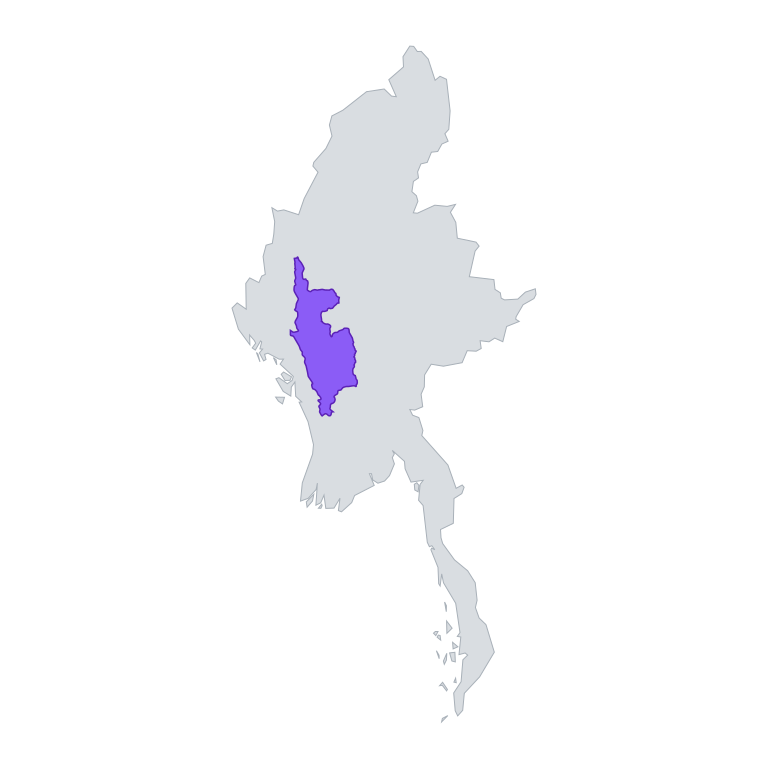 where Magway sits in Myanmar
{"feature_id": "MMR-3276", "entity_name": "Magway", "entity_type": "Division", "adm_level": 1, "iso_a3": "MMR", "parent_name": "Myanmar", "parent_adm1": "", "projection": "albers", "projection_center": [94.956, 20.535], "detail": "fine", "context": "in_parent", "style": "filled", "palette": "violet", "viewbox_px": 768, "rotation_deg": 0, "n_neighbors": 0, "source": "natural_earth", "source_scale": "10m", "svg_char_len": 9569}
<svg xmlns="http://www.w3.org/2000/svg" viewBox="0 0 768 768"><path d="M502.8,341.7L494.7,338.1L489.0,341.8L480.1,340.7L481.2,348.5L476.2,351.2L467.2,350.7L462.1,362.7L443.4,366.2L431.2,364.2L424.6,374.9L424.3,386.9L421.1,394.2L422.7,406.7L414.7,410.1L409.8,409.5L412.6,415.2L418.9,417.6L422.9,430.5L421.8,435.6L447.9,465.0L456.1,488.3L462.2,485.0L464.1,487.3L461.8,493.6L454.0,498.5L453.3,523.3L440.5,529.5L441.0,537.8L442.7,543.6L454.5,559.9L467.7,570.8L475.2,582.7L477.1,600.2L475.4,607.5L479.1,618.0L486.0,624.7L494.3,652.2L479.6,676.9L464.3,693.3L462.7,710.3L457.7,715.9L455.2,710.7L453.7,693.0L461.1,681.7L462.9,659.8L467.7,655.1L465.1,653.0L459.0,654.6L460.8,637.0L457.3,636.4L460.0,632.6L455.7,603.3L443.5,582.8L441.7,573.9L440.1,586.0L438.7,583.7L438.0,567.4L430.9,549.7L431.6,548.2L434.8,549.7L431.8,545.7L429.4,546.7L427.3,542.3L423.1,505.5L418.6,500.3L420.1,484.4L423.2,480.3L411.0,482.1L405.1,468.8L404.5,461.4L392.3,450.4L394.3,453.9L392.3,457.6L394.4,463.9L389.5,475.6L384.6,481.0L377.9,483.2L372.7,479.9L371.5,473.7L369.4,473.7L374.2,485.4L354.6,495.5L351.7,502.6L341.5,511.8L338.4,510.6L340.0,498.2L334.0,508.1L325.8,508.4L324.0,495.1L320.7,502.8L315.9,505.2L317.4,483.1L316.1,489.5L308.2,498.3L300.5,501.1L302.3,482.9L312.6,454.1L313.5,444.6L308.0,421.6L299.1,402.2L301.7,401.9L295.7,396.3L294.9,382.0L291.3,387.1L290.8,396.1L283.2,391.4L275.9,378.8L278.9,377.7L287.3,383.7L292.1,380.4L293.3,376.4L280.1,364.1L283.5,359.1L279.2,359.2L267.9,353.2L264.6,354.3L266.0,359.5L263.6,360.9L259.4,352.9L262.6,349.1L259.9,348.9L261.7,341.9L260.6,340.9L255.3,350.1L252.2,347.9L255.7,343.2L254.3,340.5L249.6,335.0L249.9,344.8L238.4,329.2L232.0,308.1L237.2,302.9L246.2,309.2L245.8,283.4L249.7,277.9L258.9,282.6L261.7,276.1L265.3,274.4L263.1,256.6L266.1,245.2L272.3,243.4L273.8,234.1L274.7,221.6L271.9,207.7L277.5,211.1L283.8,209.9L298.6,214.7L304.2,198.5L318.0,172.2L312.9,166.1L313.8,162.3L325.9,148.5L332.0,136.1L329.4,125.0L331.9,115.9L342.9,110.2L366.5,91.7L384.2,89.0L391.5,96.1L396.3,96.7L388.8,79.7L403.5,66.9L403.0,56.7L409.8,46.1L413.7,46.4L417.3,51.5L421.2,51.4L428.2,59.0L435.1,80.3L440.0,76.3L446.5,79.3L450.1,110.9L448.8,129.3L444.9,133.7L448.1,141.2L441.9,144.0L437.7,151.5L431.4,152.2L427.2,162.4L420.9,163.9L417.6,171.9L418.5,177.9L413.4,181.4L411.9,191.7L416.4,195.7L417.9,201.2L413.3,212.8L417.4,213.2L434.8,205.2L447.2,206.4L455.5,204.4L450.4,212.3L455.8,222.4L457.3,238.2L476.0,242.1L479.1,246.1L475.1,251.1L469.3,276.7L493.9,279.6L495.0,289.4L500.3,292.8L501.2,298.2L504.6,299.9L517.8,299.1L525.4,292.1L535.3,288.8L536.0,294.4L533.9,298.6L523.1,304.7L516.1,316.7L515.7,319.2L519.2,321.4L506.6,326.5L502.8,341.7ZM283.6,372.0L291.5,376.8L290.0,380.3L285.0,380.5L281.2,374.3L283.6,372.0ZM446.6,621.0L452.1,628.2L446.9,633.3L446.6,621.0ZM282.5,403.9L278.4,401.1L275.6,397.1L284.5,397.3L282.5,403.9ZM454.9,652.3L455.3,661.9L451.9,661.0L449.6,652.9L454.9,652.3ZM312.5,501.0L307.1,507.2L306.3,501.9L313.8,494.3L312.5,501.0ZM418.1,491.8L414.8,490.0L414.3,484.3L416.8,482.7L418.9,485.4L418.1,491.8ZM444.3,664.3L443.4,661.1L446.8,653.3L446.4,660.1L444.3,664.3ZM442.6,682.3L447.4,689.4L446.6,690.9L442.3,685.3L439.6,685.7L442.6,682.3ZM457.9,646.8L453.1,648.9L452.6,642.3L457.9,646.8ZM447.8,715.6L441.6,721.9L442.4,718.4L447.8,715.6ZM257.9,354.0L260.0,361.9L256.4,352.5L257.9,354.0ZM446.4,605.7L446.3,611.7L444.6,602.0L446.4,605.7ZM276.1,359.8L276.8,364.8L273.4,357.6L276.1,359.8ZM440.7,640.1L437.1,637.2L438.3,635.1L440.1,635.5L440.7,640.1ZM438.0,631.5L435.8,635.6L433.5,633.2L435.3,631.5L438.0,631.5ZM439.0,655.2L439.2,658.7L436.4,650.7L439.0,655.2ZM320.9,508.3L318.4,508.2L321.7,504.2L322.1,505.7L320.9,508.3ZM456.2,682.7L453.9,682.1L455.6,678.2L456.2,682.7Z" fill="#d9dde1" stroke="#a8b0b8" stroke-width="1"/><path d="M322.1,415.9L321.6,415.4L321.1,414.8L319.6,412.0L319.6,411.7L319.6,411.3L319.8,410.5L319.9,410.0L320.0,409.4L319.9,408.8L319.0,406.9L318.9,406.3L319.3,405.5L320.4,404.5L320.5,404.0L320.6,403.6L319.9,402.5L318.4,401.1L318.2,400.9L318.1,400.7L318.1,400.4L318.2,400.1L318.6,399.9L319.8,399.8L320.3,399.6L320.8,399.3L321.0,399.0L321.0,398.5L320.7,397.7L320.5,397.3L319.0,395.3L318.6,395.3L318.1,394.6L316.8,391.6L315.2,389.8L314.0,389.2L313.4,389.0L313.0,388.9L312.6,388.3L312.2,387.4L311.7,385.3L311.8,384.5L312.0,384.0L312.4,384.0L312.6,383.9L312.6,383.5L312.5,382.9L311.6,381.4L308.5,376.8L308.2,376.1L307.5,372.1L306.1,365.9L304.7,362.7L304.6,362.2L304.6,361.6L304.8,360.6L305.1,359.5L305.2,359.0L305.2,358.5L304.9,357.9L304.4,357.1L303.3,356.0L302.6,355.4L302.3,354.8L302.2,354.3L302.3,352.0L300.6,349.9L300.2,349.0L299.4,346.6L298.9,345.5L294.5,338.0L294.4,337.7L294.0,337.1L293.6,336.6L293.1,336.1L292.5,335.9L291.1,335.6L290.7,335.4L290.4,334.8L290.4,330.4L292.9,332.1L293.5,332.2L294.4,332.2L297.3,331.5L298.1,331.1L298.4,330.7L298.2,330.0L297.2,328.8L296.9,328.3L296.7,327.7L296.5,326.1L296.2,325.3L295.1,322.9L295.0,322.6L295.3,321.1L297.5,317.2L297.7,316.4L297.8,315.5L297.7,313.1L297.6,312.4L297.4,311.9L296.9,311.5L295.5,310.7L294.7,309.8L295.8,307.8L296.4,303.6L298.1,299.9L298.3,299.3L298.3,298.7L298.1,298.2L295.9,294.4L294.6,292.0L294.1,290.7L294.0,289.3L294.2,287.0L294.5,285.9L294.7,285.6L295.0,285.4L295.6,285.1L295.7,284.8L295.7,284.6L295.7,284.4L295.4,283.7L294.7,281.3L294.8,280.5L295.5,278.9L295.7,278.0L295.6,277.2L294.7,272.3L294.7,271.7L294.9,271.2L295.6,269.9L295.7,269.4L295.6,269.1L295.3,269.0L294.9,268.9L294.8,268.7L295.2,267.8L295.2,267.3L294.8,263.5L295.0,262.2L294.9,261.6L294.6,260.3L294.3,258.4L295.3,258.2L295.7,258.2L296.2,258.2L296.7,257.9L296.9,257.8L297.1,257.6L297.4,257.1L297.6,257.1L297.9,257.3L298.1,257.8L298.2,258.1L298.2,258.4L298.1,258.5L298.5,259.0L298.7,259.5L299.0,260.2L299.3,260.6L299.9,261.1L301.3,262.9L302.9,265.7L303.8,267.7L303.9,268.2L304.0,268.9L303.8,269.4L302.5,272.2L302.3,272.7L302.2,273.1L302.2,273.6L302.6,277.8L302.9,278.5L303.1,278.9L303.4,279.2L303.7,279.3L304.1,279.4L305.1,279.0L305.8,279.1L306.3,280.2L306.6,280.4L307.0,280.7L307.4,280.8L307.7,281.1L307.8,281.7L308.0,282.4L308.0,283.5L307.3,289.5L307.4,290.0L307.7,290.3L308.4,290.8L309.2,291.3L309.9,291.5L310.5,291.6L310.8,291.5L311.0,291.4L311.8,290.7L312.5,290.3L314.3,289.7L314.9,289.7L315.9,289.8L316.5,290.0L317.1,290.1L317.6,290.1L318.9,289.8L320.3,289.7L320.9,289.5L322.5,289.4L325.1,290.0L329.5,290.1L330.4,289.5L331.5,289.2L332.1,289.3L332.9,289.6L333.2,290.1L334.1,291.2L334.7,292.4L335.1,292.9L335.7,293.3L335.9,293.7L336.0,294.1L336.1,295.0L336.2,295.5L336.6,295.8L337.3,296.6L337.9,296.9L339.3,297.4L339.2,297.9L338.8,299.7L338.7,300.0L338.9,302.7L338.6,302.6L338.4,303.1L338.1,303.2L337.8,303.1L337.5,303.1L337.2,303.3L337.0,303.5L336.4,304.3L334.2,306.1L333.1,307.6L332.5,308.2L331.8,308.4L330.4,308.6L330.1,308.6L329.7,308.2L329.4,308.1L328.5,308.3L327.8,308.8L327.4,309.6L327.2,310.5L326.9,310.7L324.7,311.4L323.1,311.4L322.8,311.3L322.6,311.4L322.4,311.5L322.1,311.8L321.6,312.2L321.3,312.8L321.1,313.7L320.9,314.4L321.0,316.0L321.5,319.0L321.6,320.6L321.4,321.3L322.3,321.6L322.2,322.0L323.1,322.8L324.5,323.6L325.3,323.9L326.0,324.1L327.8,324.0L329.4,324.7L330.3,325.5L330.5,325.8L330.6,326.0L330.6,326.6L330.5,327.2L330.3,327.5L330.2,327.7L329.9,328.4L329.8,328.8L329.8,329.2L330.2,331.5L330.2,331.9L330.1,332.5L329.9,333.0L329.9,333.8L330.1,334.6L330.9,336.2L331.2,336.6L331.5,336.7L331.9,336.5L332.2,335.9L332.5,334.4L332.8,334.0L334.1,332.9L334.6,332.6L335.5,332.4L335.9,332.4L336.8,332.4L337.4,332.3L337.7,332.1L339.1,330.9L339.8,330.6L341.4,330.1L342.7,329.6L343.2,329.3L343.9,328.5L344.2,328.3L344.8,328.2L345.1,328.2L346.4,328.2L347.8,328.4L348.3,328.6L348.6,328.9L348.9,329.3L349.0,329.7L349.3,332.6L352.3,337.9L352.6,339.0L352.9,340.5L353.0,341.0L353.3,341.5L353.6,342.3L353.6,342.5L353.5,342.8L353.2,343.3L353.1,343.5L352.9,343.7L352.9,343.8L353.4,345.8L353.7,346.3L353.9,346.5L354.1,346.9L354.3,347.7L354.4,348.0L354.5,348.2L354.7,348.6L354.8,348.8L355.0,349.0L355.1,350.1L355.2,350.3L355.4,350.6L355.6,350.7L356.1,351.0L356.1,351.6L355.9,351.9L355.4,352.6L355.3,353.1L355.3,353.4L355.2,353.6L355.1,353.8L354.5,354.3L354.7,355.2L354.7,355.4L354.6,355.7L354.4,356.1L354.0,356.8L353.9,356.9L354.0,357.1L354.2,357.3L354.5,357.4L354.6,357.6L354.8,358.2L354.9,359.6L355.3,360.0L355.4,360.3L355.5,360.4L355.5,361.3L355.6,361.6L355.7,361.9L355.7,362.1L355.6,362.3L355.4,362.5L355.2,362.6L354.9,362.8L354.8,363.0L354.7,363.5L354.6,363.9L354.1,364.8L354.0,365.0L354.1,365.3L354.2,365.6L354.3,365.7L354.4,365.9L354.4,366.2L354.3,366.5L354.1,367.2L353.9,367.5L353.6,367.8L353.4,368.0L353.0,368.8L352.7,370.3L352.9,372.9L353.2,374.0L353.3,374.3L353.6,374.6L354.5,375.3L355.3,375.6L355.3,376.0L355.6,376.7L355.9,377.8L355.9,378.4L356.0,378.7L356.1,378.9L356.9,380.0L357.1,380.4L357.2,380.8L357.2,381.4L357.3,382.4L357.1,383.7L357.0,383.9L357.0,384.0L356.5,384.4L356.4,384.6L356.3,384.8L356.2,385.1L356.3,386.0L356.2,386.1L356.1,386.4L355.8,386.5L354.9,386.0L354.6,385.9L354.2,385.8L353.1,385.8L348.6,386.5L346.5,386.5L345.8,386.6L343.7,387.2L342.7,387.8L340.9,390.0L338.3,390.5L337.8,391.3L337.7,392.8L337.7,393.0L337.6,393.3L337.4,393.8L336.9,394.2L335.1,395.3L334.3,396.1L334.1,396.4L334.1,396.6L334.1,397.1L334.4,397.4L334.8,398.1L335.1,399.6L334.8,401.0L334.2,402.1L333.4,402.9L333.0,403.1L332.0,403.6L331.8,403.6L331.4,403.5L331.2,403.7L331.0,404.2L330.5,404.7L330.4,405.5L330.3,407.1L330.1,407.9L329.9,408.5L330.1,409.2L330.7,409.9L333.1,411.8L332.2,411.9L331.5,412.3L331.3,412.8L331.3,413.7L331.0,414.6L330.7,415.2L330.0,415.8L329.1,415.8L328.2,415.4L327.4,414.6L326.6,414.0L325.5,413.7L324.7,414.0L323.8,414.6L322.1,415.9Z" fill="#8b5cf6" stroke="#5b21b6" stroke-width="1.5"/></svg>